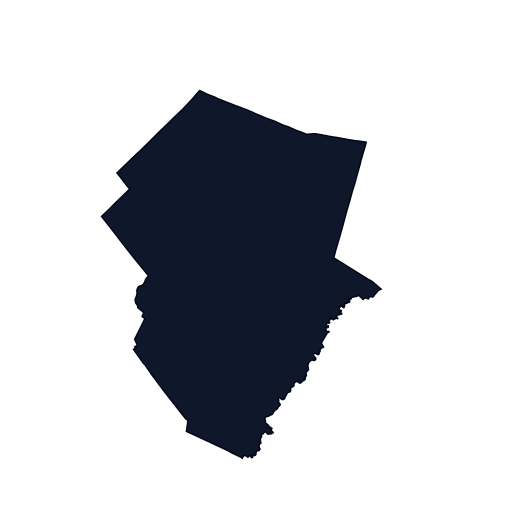 Vartoape, Teleorman, Romania (orthographic projection), rotated 59°
{"feature_id": "2599482B18216830560882", "entity_name": "Vartoape", "entity_type": "district", "adm_level": 2, "iso_a3": "ROU", "parent_name": "Romania", "parent_adm1": "Teleorman", "projection": "orthographic", "projection_center": [25.226, 44.2], "detail": "fine", "context": "isolated", "style": "filled", "palette": "ink", "viewbox_px": 512, "rotation_deg": 59, "n_neighbors": 0, "source": "geoboundaries", "source_scale": "gbopen_adm2", "svg_char_len": 6124}
<svg xmlns="http://www.w3.org/2000/svg" viewBox="0 0 512 512"><g transform="rotate(59 256 256)"><path d="M272.9,409.1L290.5,407.7L291.4,407.3L303.0,406.6L325.2,404.4L359.5,400.1L361.9,399.0L370.5,406.0L380.7,399.0L409.2,379.8L409.8,379.6L411.6,378.6L420.7,372.6L421.8,372.1L422.3,372.0L421.4,370.6L421.1,370.2L421.0,369.8L421.0,369.5L421.3,368.6L421.9,367.6L422.4,367.3L424.3,366.6L424.3,366.1L423.7,364.7L423.7,364.0L423.8,363.7L424.1,363.5L424.6,363.9L424.8,363.9L425.6,363.5L426.3,363.8L426.7,363.5L426.8,363.2L426.8,362.5L426.6,362.2L425.5,361.8L425.4,361.6L425.3,360.9L425.4,360.6L426.2,360.2L426.4,359.7L426.4,359.2L425.9,358.1L424.8,357.6L424.1,356.6L423.8,356.0L423.7,355.7L423.8,355.0L424.2,353.9L424.2,353.5L424.2,353.0L423.6,352.2L423.0,351.8L421.9,351.9L421.3,351.5L420.3,351.2L419.5,350.4L419.1,350.0L419.0,348.4L418.8,348.1L417.8,347.9L416.3,347.2L414.6,346.0L414.1,345.5L414.1,344.6L413.4,344.1L412.6,343.9L411.9,343.3L411.8,343.1L411.8,342.6L412.1,341.1L411.4,340.1L411.3,339.4L411.5,338.7L412.2,338.1L413.5,338.0L415.0,337.4L415.2,337.2L415.4,336.1L415.7,335.5L416.1,335.0L416.3,334.4L416.3,332.6L416.3,332.4L416.2,332.2L415.7,332.2L414.9,332.6L413.9,332.8L413.0,332.5L412.6,332.2L412.3,331.3L411.8,331.2L409.1,332.5L406.9,332.7L406.3,332.9L405.5,333.3L404.0,333.7L403.5,333.7L401.6,332.6L400.4,332.4L399.8,332.0L399.5,331.7L399.1,331.0L399.1,330.7L399.1,329.8L399.8,327.7L399.7,325.7L400.0,324.7L400.0,323.5L399.9,323.0L398.9,321.5L398.2,319.5L397.9,318.7L398.0,317.3L397.8,316.1L397.0,315.0L396.7,314.1L396.5,312.9L396.3,312.4L395.7,311.8L395.5,311.6L394.8,311.7L393.3,311.9L392.4,311.6L391.3,310.7L390.0,310.4L389.6,310.2L389.5,309.8L389.4,309.2L389.5,308.8L389.8,308.5L391.4,308.1L392.4,307.5L392.8,307.2L393.1,306.3L393.1,305.7L393.0,305.0L391.4,303.1L391.0,301.8L390.0,300.6L389.6,299.9L389.3,299.2L389.4,298.6L389.9,297.2L389.9,296.7L389.7,296.2L389.5,295.9L389.0,295.5L387.2,294.5L387.0,294.1L386.8,293.7L386.8,293.3L387.0,292.6L387.1,291.8L386.8,290.5L386.6,290.1L385.3,289.5L385.1,289.3L384.8,288.9L384.3,287.4L384.3,286.5L384.4,286.0L384.9,285.4L385.5,284.9L387.1,284.3L387.7,283.6L387.8,282.7L387.2,280.7L387.3,278.9L387.2,278.1L387.0,277.5L386.8,277.2L385.8,276.5L385.3,276.0L384.4,274.4L382.5,273.6L381.6,273.0L381.3,272.6L381.0,270.9L380.5,269.8L380.2,269.4L377.8,268.5L376.6,268.0L375.9,267.3L374.7,265.9L374.3,265.1L373.9,263.1L373.8,262.4L373.9,262.0L374.3,261.2L375.2,260.5L375.4,260.3L375.5,259.9L375.6,258.8L375.5,258.3L375.1,257.8L374.5,257.5L373.7,257.5L372.4,257.8L371.7,257.9L370.9,257.8L370.2,257.5L369.7,256.9L369.6,256.6L369.6,255.8L370.2,254.8L370.9,254.7L372.2,254.0L372.5,253.4L372.6,253.0L372.5,252.6L372.4,252.3L371.6,251.8L371.3,251.6L370.9,250.3L369.9,249.9L369.4,249.3L369.0,248.7L368.7,248.0L368.6,247.4L368.9,245.8L368.9,245.0L364.2,244.8L359.0,235.1L358.7,235.0L358.5,234.7L358.4,234.1L358.7,233.4L358.8,233.1L358.7,232.6L358.4,232.3L358.1,232.3L358.0,232.5L357.9,233.2L357.5,233.9L356.2,234.6L356.0,234.3L355.7,234.0L355.2,234.2L354.3,233.6L353.5,233.3L353.2,232.9L353.7,232.5L354.4,231.3L354.4,231.0L354.3,230.8L353.4,230.1L353.1,230.0L352.9,230.3L352.6,231.0L352.3,231.2L351.8,231.2L351.2,231.0L350.4,230.2L350.1,229.5L350.3,229.1L351.2,227.9L351.3,227.6L351.1,227.2L350.9,227.0L350.7,227.1L350.5,227.4L350.2,227.5L349.5,227.2L349.2,226.8L349.0,226.0L348.6,225.4L347.6,225.0L347.3,224.8L346.9,224.2L346.9,223.7L346.9,223.4L347.3,223.0L347.6,223.1L348.4,223.8L348.9,223.8L349.0,223.7L349.1,223.1L349.4,222.7L350.2,222.7L350.5,222.6L350.5,222.3L350.3,221.7L350.6,221.0L350.5,220.5L350.5,219.4L350.6,219.1L350.8,218.9L351.7,218.5L351.8,218.3L351.8,218.1L351.6,218.0L350.6,218.3L350.0,218.1L348.8,218.1L348.7,217.9L348.8,217.1L348.8,216.6L348.9,215.7L349.8,212.9L349.8,212.4L349.6,212.1L349.4,212.1L348.7,212.4L347.9,212.4L347.7,212.5L347.4,213.2L347.1,213.3L346.7,213.2L346.6,212.9L346.6,212.7L347.2,211.9L347.2,211.4L346.9,211.0L346.5,211.1L345.7,211.9L344.7,212.5L344.0,212.3L343.9,211.7L343.4,211.5L342.8,209.2L342.7,208.8L342.7,208.3L344.6,207.8L345.4,207.5L345.5,207.1L345.4,206.9L344.8,206.6L344.4,205.8L344.0,205.4L343.6,205.5L342.3,205.5L342.1,205.3L341.7,204.6L341.7,204.3L341.8,204.2L342.8,204.0L343.0,203.7L343.3,202.4L343.1,201.4L343.6,200.1L343.6,199.5L342.9,198.8L342.5,198.9L341.6,199.3L340.5,199.3L340.3,199.2L340.2,198.9L340.8,198.5L341.2,198.0L341.7,196.9L341.7,196.5L340.8,196.1L340.7,195.7L341.1,194.2L342.5,190.0L342.7,188.1L348.4,186.6L348.1,185.4L348.3,184.1L348.5,183.5L349.4,182.5L350.4,182.2L350.7,181.9L350.6,181.4L350.0,180.8L349.7,179.6L349.7,179.0L349.8,178.6L350.1,178.1L350.9,177.7L351.2,177.3L351.2,176.1L351.1,175.7L350.6,175.1L348.5,168.7L348.7,167.4L348.8,165.8L346.0,166.8L338.9,169.1L335.9,170.4L335.9,170.6L334.8,171.3L297.8,190.2L297.5,190.1L292.8,185.4L281.3,172.9L273.8,165.0L264.5,155.4L258.4,148.8L256.5,146.6L255.6,145.8L249.3,139.2L245.5,134.8L240.6,129.7L229.9,118.4L229.7,118.3L228.7,117.4L217.3,105.0L215.2,102.9L209.9,109.3L208.6,111.3L208.0,112.0L207.2,112.8L204.4,116.2L196.0,125.7L193.5,128.8L189.6,133.3L189.1,133.6L187.7,135.5L186.2,137.0L181.5,142.5L178.8,147.8L177.9,149.8L177.9,150.1L176.6,150.7L168.6,157.1L162.1,161.6L157.8,165.3L152.7,168.8L150.6,170.1L145.7,174.2L141.4,177.5L133.8,183.1L130.6,185.2L125.3,189.1L124.8,189.6L120.5,192.9L114.8,197.5L112.7,199.0L109.6,201.5L103.6,206.0L101.5,207.7L99.1,209.1L91.9,214.7L85.2,219.0L86.0,222.1L88.0,227.8L90.1,234.9L92.0,241.9L92.2,242.1L95.2,255.9L97.1,263.4L100.2,277.1L102.6,286.4L106.4,302.4L106.8,304.7L108.8,313.7L109.0,314.3L111.8,326.5L112.8,330.5L113.2,332.5L113.7,332.3L121.6,331.3L125.9,330.9L129.8,330.4L133.5,329.7L138.3,350.1L140.3,358.0L142.5,368.0L162.7,365.5L177.8,363.8L194.3,361.7L215.8,358.6L216.2,358.5L216.8,358.1L217.1,358.2L217.5,358.4L217.6,358.7L218.0,359.8L219.1,362.5L219.5,363.0L220.7,364.5L221.5,365.8L222.3,367.4L222.4,368.6L222.4,369.2L221.9,370.9L221.8,372.5L222.1,373.4L223.6,375.4L224.9,376.3L226.6,377.0L228.4,378.7L231.3,382.2L234.3,383.3L238.0,383.1L239.2,383.9L246.7,381.4L249.2,384.8L252.5,383.5L264.9,402.9L271.5,403.7L271.4,406.8L273.1,406.5L272.9,409.1Z" fill="#0f172a" stroke="#020617" stroke-width="1.5"/></g></svg>